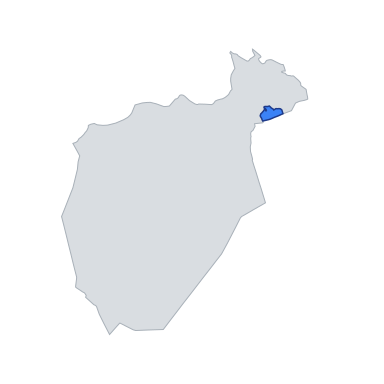 Banibangou, Tillabéri, Niger shown in context, rotated 163°
{"feature_id": "23599985B31350615327928", "entity_name": "Banibangou", "entity_type": "district", "adm_level": 2, "iso_a3": "NER", "parent_name": "Niger", "parent_adm1": "Tillabéri", "projection": "natural_earth1", "projection_center": [2.571, 15.036], "detail": "fine", "context": "in_parent", "style": "filled", "palette": "blue", "viewbox_px": 384, "rotation_deg": 163, "n_neighbors": 0, "source": "geoboundaries", "source_scale": "gbopen_adm2", "svg_char_len": 3751}
<svg xmlns="http://www.w3.org/2000/svg" viewBox="0 0 384 384"><g transform="rotate(163 192 192)"><path d="M291.7,273.3L288.6,273.4L286.7,274.0L284.4,276.1L281.9,276.9L278.7,278.6L276.8,280.1L274.9,281.2L272.4,283.9L271.6,286.0L269.0,286.4L265.4,286.1L263.1,284.0L257.8,281.8L254.4,280.9L252.8,280.6L244.8,280.2L236.2,281.1L231.8,282.1L231.0,282.4L228.5,283.7L226.5,285.2L221.0,291.9L213.6,291.7L209.3,290.9L205.6,289.9L200.3,286.7L193.9,281.9L191.4,281.3L189.2,280.9L188.4,280.9L180.8,285.7L179.3,285.6L177.5,286.2L176.3,287.4L175.4,288.0L174.5,288.1L173.3,287.8L172.1,287.1L170.9,285.7L167.8,280.4L167.1,279.5L165.7,277.9L163.5,275.4L161.9,274.3L161.0,274.0L159.9,274.2L153.7,272.1L147.6,269.8L146.2,270.1L145.2,270.6L143.1,272.2L140.6,272.5L137.4,272.4L135.7,272.2L132.9,272.7L131.0,273.4L128.5,274.5L125.4,277.6L124.5,277.9L123.7,278.5L122.6,286.8L121.8,289.3L120.2,292.6L117.0,295.8L114.8,297.7L114.8,300.3L114.6,304.6L114.6,307.5L114.7,309.4L114.3,310.3L114.2,311.1L114.3,312.3L114.8,312.9L115.1,313.7L114.9,314.3L113.9,315.1L112.8,313.2L111.3,311.8L109.7,311.2L108.6,310.3L108.1,308.9L106.0,306.3L101.1,301.1L100.6,301.0L99.8,300.8L98.5,301.4L97.6,302.2L97.0,302.6L96.2,302.6L93.9,303.3L92.0,304.1L92.0,304.8L92.8,308.8L92.4,310.9L91.6,309.9L89.0,305.9L87.1,303.0L86.8,302.3L86.5,301.3L86.7,300.9L87.4,300.6L89.1,300.2L89.4,299.9L89.5,299.1L89.3,297.6L88.3,295.5L87.4,294.2L86.8,293.9L85.8,293.9L84.7,294.0L82.7,295.7L81.8,296.0L79.7,295.9L77.8,295.5L76.6,294.7L73.2,291.4L69.4,287.9L67.9,287.4L67.5,287.1L67.3,284.4L67.3,281.2L67.5,280.4L69.1,280.9L70.8,281.1L71.3,280.5L70.0,279.4L68.1,278.2L67.4,276.5L66.8,275.9L65.9,275.3L64.9,274.9L63.9,274.5L63.3,273.9L62.1,273.7L61.0,273.3L59.3,270.5L57.6,267.8L56.6,265.6L56.3,264.3L56.8,262.1L56.3,261.2L54.5,258.9L52.9,256.8L53.3,253.6L53.6,250.9L53.7,249.2L53.9,248.2L54.1,247.1L55.1,246.8L57.7,246.8L62.8,247.3L66.9,246.8L67.1,246.7L70.0,243.8L73.1,240.7L77.9,240.4L83.0,240.1L87.1,240.0L93.0,239.7L97.8,239.5L103.3,239.3L103.5,237.9L103.8,237.6L104.3,237.5L108.4,238.3L112.2,239.0L112.5,236.3L115.8,233.0L117.7,232.4L118.2,231.8L118.8,230.7L119.2,229.0L119.3,227.7L120.0,226.7L120.5,224.8L121.2,221.6L123.1,218.1L124.2,213.5L124.3,209.0L124.5,205.6L125.1,204.9L125.1,198.8L125.0,192.7L125.0,187.5L125.0,181.1L124.9,175.4L124.9,169.3L124.9,163.8L124.9,160.2L128.7,159.3L132.7,158.4L138.5,157.1L144.8,155.6L151.6,154.1L153.2,153.2L158.3,147.9L160.6,145.5L165.2,140.8L168.8,137.1L173.3,132.5L178.1,127.8L181.9,124.1L187.9,119.9L196.9,113.5L205.9,107.2L214.9,100.8L223.9,94.4L232.9,88.1L241.8,81.7L250.8,75.3L259.7,68.9L268.9,71.4L277.5,73.7L286.3,76.0L288.4,77.3L293.1,81.8L299.1,87.6L299.4,87.7L299.6,87.7L305.2,84.3L312.5,79.8L314.7,91.9L316.4,102.2L316.7,108.8L316.8,110.5L317.4,111.7L318.8,112.9L324.5,122.4L323.4,124.1L324.3,127.0L325.7,128.3L330.4,134.0L331.1,135.1L330.8,136.0L327.8,142.7L327.2,144.3L326.8,152.8L326.5,158.8L326.0,167.1L325.5,176.9L325.0,185.3L324.4,196.3L323.9,206.7L319.3,212.4L311.3,222.5L304.7,230.8L301.4,236.3L295.0,247.1L292.1,254.1L289.9,257.7L288.8,259.3L289.8,264.4L291.7,273.3Z" fill="#d9dde1" stroke="#a8b0b8" stroke-width="1"/><path d="M99.7,248.9L100.0,248.5L100.8,248.1L101.6,247.6L102.7,246.9L103.2,246.8L104.0,245.7L104.4,245.2L104.5,244.1L104.0,242.6L103.9,241.3L103.8,240.3L103.6,239.2L97.5,238.8L96.0,238.8L93.9,239.0L91.7,239.3L87.2,239.6L82.1,240.3L82.1,244.2L83.0,245.6L84.3,246.3L86.2,246.7L87.3,247.2L87.8,247.1L89.1,246.7L89.8,246.6L89.8,247.2L90.3,247.7L90.9,248.4L91.8,249.5L91.9,249.9L92.9,251.6L95.0,251.7L96.6,252.3L97.9,252.5L98.4,252.0L98.3,250.4L98.1,250.4L97.8,250.6L97.5,250.4L97.1,249.2L97.0,248.5L97.2,248.4L97.4,248.0L97.7,248.1L97.8,248.9L98.5,249.4L99.0,249.4L99.7,248.9Z" fill="#3b82f6" stroke="#1e3a8a" stroke-width="1.5"/></g></svg>